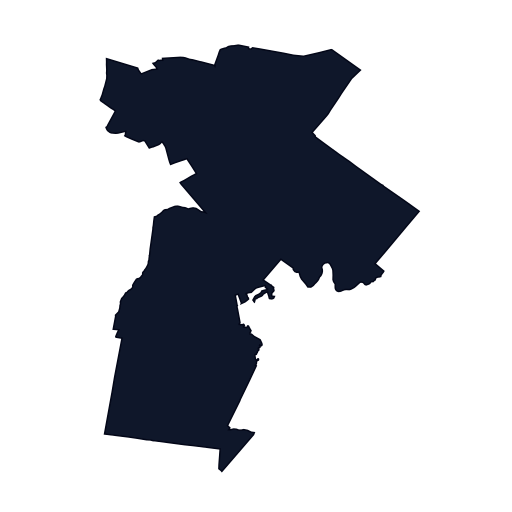 Letca Noua, Giurgiu, Romania (Natural Earth projection), rotated 355°
{"feature_id": "2599482B85200519507888", "entity_name": "Letca Noua", "entity_type": "district", "adm_level": 2, "iso_a3": "ROU", "parent_name": "Romania", "parent_adm1": "Giurgiu", "projection": "natural_earth1", "projection_center": [25.709, 44.223], "detail": "fine", "context": "isolated", "style": "filled", "palette": "ink", "viewbox_px": 512, "rotation_deg": 355, "n_neighbors": 0, "source": "geoboundaries", "source_scale": "gbopen_adm2", "svg_char_len": 6082}
<svg xmlns="http://www.w3.org/2000/svg" viewBox="0 0 512 512"><g transform="rotate(355 256 256)"><path d="M124.3,46.4L124.1,49.6L123.8,52.3L123.6,57.3L123.3,59.7L123.1,60.6L123.2,63.1L122.8,66.3L120.1,74.0L119.1,76.1L116.9,82.0L114.7,86.4L114.5,86.5L114.5,86.8L114.7,87.6L115.0,87.9L124.6,96.1L126.6,97.5L128.6,99.3L126.6,102.4L119.7,112.8L119.0,114.1L118.8,114.3L118.0,114.6L117.8,114.9L118.5,116.9L119.1,118.1L121.3,120.1L122.5,120.7L126.9,121.5L129.2,121.5L136.6,120.4L137.2,120.5L136.3,124.2L135.8,124.8L137.4,125.9L142.5,128.7L149.1,132.1L150.2,132.1L151.7,131.6L153.5,131.1L155.1,131.5L155.5,132.0L159.1,139.1L162.8,138.1L162.9,138.3L168.8,136.5L170.2,135.7L172.2,133.9L173.6,135.9L174.3,137.4L175.1,138.9L175.6,140.4L177.6,151.9L178.2,154.9L178.9,157.3L183.7,155.9L195.6,153.0L199.8,160.7L203.9,168.7L198.6,170.9L190.9,174.6L187.7,175.8L186.8,176.3L187.9,178.2L188.8,179.4L209.5,208.4L207.7,207.6L205.8,207.3L204.9,206.9L200.6,203.5L200.1,203.3L197.5,202.6L194.5,202.9L192.6,203.3L190.2,202.0L188.6,201.5L187.2,201.3L183.3,199.8L182.0,199.5L179.6,199.5L173.9,201.1L172.1,202.0L169.8,202.0L168.7,202.2L167.7,202.8L166.1,204.3L163.6,206.0L162.1,206.6L160.5,207.8L158.2,208.2L157.2,212.6L156.5,216.4L155.8,218.9L155.7,220.2L151.2,239.8L150.2,245.3L149.7,246.5L149.8,246.8L149.1,250.1L149.1,250.8L148.4,251.8L148.0,254.2L147.4,255.6L145.9,257.9L145.1,259.0L144.0,260.1L143.1,261.4L142.0,262.3L141.6,263.1L141.6,264.1L141.4,264.8L140.8,265.5L139.9,266.3L139.0,267.5L137.9,267.9L137.6,268.3L136.1,268.3L134.9,268.7L132.5,271.7L130.7,274.3L130.6,274.7L130.7,275.7L129.8,277.3L127.6,278.8L127.0,278.8L125.3,280.0L124.3,281.1L122.9,281.5L121.6,283.6L119.8,285.5L118.5,286.6L116.9,289.9L116.9,291.6L116.8,292.2L116.3,293.2L115.8,296.0L114.4,299.7L110.9,302.7L110.9,304.0L107.4,316.5L113.0,317.5L111.2,320.4L109.3,324.0L109.3,324.4L109.6,324.7L115.4,326.2L104.6,364.4L100.7,379.5L89.6,420.1L113.0,425.1L121.1,427.0L130.9,429.5L134.6,430.0L137.4,431.0L139.1,431.2L168.3,437.7L177.1,439.4L203.5,445.1L201.0,460.6L200.5,464.7L202.5,466.6L203.2,467.6L238.0,433.7L238.9,431.8L235.8,431.1L232.4,429.0L228.6,427.9L226.3,428.2L223.7,428.0L221.4,426.9L218.7,426.4L215.4,426.9L213.6,426.7L215.0,425.0L212.8,422.5L227.3,398.7L227.8,397.5L239.0,378.7L246.7,365.4L245.8,364.8L246.3,364.3L246.9,363.4L247.1,362.8L247.2,361.8L247.8,360.4L249.3,359.9L249.5,359.3L249.4,358.7L248.9,358.6L247.6,360.1L246.9,359.3L246.4,358.3L246.3,357.0L246.2,355.5L246.3,354.3L246.5,354.0L247.4,354.1L247.8,353.9L248.1,353.1L248.8,352.3L249.4,350.8L250.4,350.2L250.3,349.7L250.6,349.5L250.7,349.2L250.4,349.1L250.2,348.3L250.3,348.0L250.6,347.6L251.5,347.6L251.9,347.3L252.1,347.0L252.0,346.2L251.7,345.5L251.9,344.9L252.2,345.0L252.2,345.6L252.4,345.9L253.1,346.0L253.9,345.6L254.2,345.2L254.3,344.5L254.1,343.4L253.0,340.3L252.7,339.7L247.0,335.9L244.7,333.5L243.3,333.3L243.2,332.3L243.5,331.5L243.9,331.3L244.5,329.7L244.0,329.1L243.2,327.1L242.8,326.7L242.7,325.9L242.4,325.2L241.9,324.9L241.5,325.0L241.2,325.8L241.0,326.1L240.1,326.4L239.5,326.1L237.8,325.9L237.3,325.6L237.3,325.3L237.9,324.8L238.4,324.1L238.3,323.8L237.7,323.0L237.4,322.9L236.4,323.4L235.9,323.1L234.5,323.3L234.1,322.7L233.6,322.6L233.3,322.6L233.3,322.3L234.2,321.1L234.2,320.5L232.9,307.1L232.7,305.8L232.6,305.6L232.7,304.3L233.1,303.8L232.9,303.6L231.9,293.2L234.9,292.4L235.4,294.4L237.4,301.7L237.2,302.1L241.1,300.7L243.3,299.3L244.8,298.2L244.7,297.2L244.1,296.5L243.9,296.0L243.5,293.9L242.7,292.9L243.0,292.5L245.3,291.9L248.1,291.8L251.8,288.8L253.5,287.8L256.5,287.2L262.5,286.2L262.8,286.7L262.6,287.0L262.8,287.4L262.6,287.9L262.6,288.1L263.3,288.6L264.0,289.4L264.6,289.7L264.7,290.2L264.5,290.4L260.4,291.0L258.7,291.4L257.8,293.0L255.4,294.4L252.3,295.5L251.9,296.0L251.3,296.3L249.1,299.6L249.7,300.5L250.0,301.3L250.4,301.7L251.1,299.9L251.1,299.4L251.5,298.7L253.2,298.4L253.7,297.8L257.9,296.4L259.1,295.7L259.2,295.1L260.1,294.5L262.8,293.1L263.8,292.9L264.6,293.0L264.5,293.8L265.4,297.6L265.5,299.0L265.8,299.6L268.0,300.1L269.3,299.8L270.0,299.4L270.8,297.9L268.2,297.4L268.1,297.2L268.3,296.1L268.3,294.8L269.2,293.7L270.6,292.5L270.9,291.9L270.6,289.7L270.9,288.8L269.2,287.4L268.7,286.4L268.0,286.2L261.0,280.5L280.5,261.4L292.0,271.2L292.0,272.8L293.4,274.9L295.2,275.8L297.5,275.8L298.3,280.2L299.4,282.9L303.3,288.4L305.0,291.4L308.0,291.7L310.5,290.3L312.2,288.6L313.4,287.7L315.1,286.1L316.2,284.8L317.4,282.5L318.9,281.2L320.1,279.2L320.7,277.3L320.8,276.4L320.8,275.1L320.5,273.7L320.5,272.8L320.8,271.9L322.0,270.2L323.9,269.0L327.3,268.7L328.5,269.8L329.3,270.8L331.1,275.2L331.4,277.0L331.2,281.8L330.7,286.2L331.0,287.9L331.5,289.1L332.5,290.7L332.2,294.0L332.2,295.1L332.4,296.0L332.9,297.0L333.6,297.8L335.0,298.5L336.6,298.5L338.0,298.2L339.0,297.8L341.3,297.2L343.2,297.2L346.1,297.6L347.6,297.3L350.7,296.0L352.3,295.0L357.3,291.2L358.4,291.1L359.7,291.4L360.7,291.9L362.0,293.8L363.2,294.4L365.9,293.7L366.8,293.3L368.5,291.7L369.0,291.4L369.5,291.4L370.2,291.8L371.4,290.9L371.8,290.5L372.4,290.4L373.0,289.3L373.0,288.9L373.2,288.4L374.8,287.8L375.1,287.5L376.9,287.6L378.5,287.3L378.5,286.7L378.8,286.0L379.4,285.5L379.7,284.8L381.1,283.5L382.0,282.2L373.9,274.0L385.0,263.1L409.0,239.0L422.4,225.7L409.6,214.7L388.8,197.4L388.7,196.8L386.6,195.5L363.3,175.5L357.8,170.5L347.3,161.8L333.5,149.7L325.5,142.6L325.4,142.4L325.4,141.3L322.6,137.8L338.6,122.4L340.3,120.6L342.9,117.0L351.9,105.9L355.3,101.4L366.7,87.5L376.2,79.9L349.6,57.2L348.9,57.0L336.6,59.0L320.8,61.2L310.8,59.3L301.4,56.5L277.8,50.1L270.7,48.3L269.8,48.9L269.3,49.5L266.9,49.0L266.5,48.8L266.8,47.3L258.0,44.7L256.6,44.4L252.3,44.7L249.5,44.6L247.0,44.9L246.2,45.2L244.5,46.1L242.6,46.3L240.4,46.8L239.7,46.9L238.4,47.4L237.2,49.6L236.0,52.5L231.7,61.7L231.6,62.2L231.8,62.7L231.6,63.4L231.1,62.6L229.8,62.0L218.3,57.9L217.4,57.7L210.1,55.1L206.9,54.3L202.8,52.5L200.7,51.9L197.9,51.5L180.1,51.0L180.1,52.9L178.3,52.7L177.2,52.9L175.6,52.4L172.6,54.7L170.2,55.1L170.8,56.1L173.0,59.1L173.9,61.2L168.6,61.3L157.7,64.6L157.1,64.1L155.0,60.4L154.5,58.5L124.3,46.4Z" fill="#0f172a" stroke="#020617" stroke-width="1.5"/></g></svg>